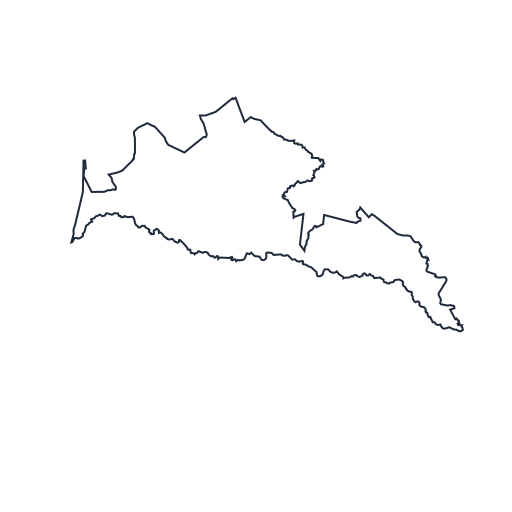 Amatlán de Cañas, Nayarit, Mexico (Robinson projection), rotated 328°
{"feature_id": "50627088B27678172888036", "entity_name": "Amatlán de Cañas", "entity_type": "district", "adm_level": 2, "iso_a3": "MEX", "parent_name": "Mexico", "parent_adm1": "Nayarit", "projection": "robinson", "projection_center": [-104.374, 20.799], "detail": "fine", "context": "isolated", "style": "outline", "palette": "slate", "viewbox_px": 512, "rotation_deg": 328, "n_neighbors": 0, "source": "geoboundaries", "source_scale": "gbopen_adm2", "svg_char_len": 6155}
<svg xmlns="http://www.w3.org/2000/svg" viewBox="0 0 512 512"><g transform="rotate(328 256 256)"><path d="M396.6,352.5L399.3,350.3L400.2,350.7L400.5,349.2L400.6,348.5L399.9,348.7L399.0,347.6L398.7,347.0L399.1,346.6L398.3,346.5L397.0,345.5L396.5,343.8L397.2,341.9L397.1,338.6L398.7,336.8L400.8,336.1L401.6,334.7L400.8,333.7L401.3,332.3L401.0,330.2L398.5,328.9L397.7,327.4L397.5,321.6L396.9,320.3L395.1,318.7L391.9,316.8L387.6,312.4L377.7,284.5L376.4,282.0L372.2,282.9L370.1,270.1L368.3,271.5L364.7,272.0L363.0,275.7L363.0,277.7L364.5,279.3L363.4,281.4L360.0,280.7L358.8,281.3L353.6,276.4L335.5,257.3L329.8,264.5L322.5,263.7L322.7,262.3L321.7,261.6L317.9,263.4L315.3,263.2L312.7,263.9L311.8,265.2L312.2,265.7L310.7,267.2L310.2,268.4L306.4,270.5L305.5,272.3L302.2,274.3L299.8,277.2L299.3,269.6L318.6,245.4L309.4,243.2L308.3,243.4L311.1,238.2L312.5,238.6L313.5,238.2L313.5,236.5L312.2,234.5L312.2,227.8L312.6,225.5L310.0,221.8L309.7,220.4L310.0,219.7L310.6,219.6L311.9,220.4L311.4,218.8L312.2,219.1L312.5,218.1L314.2,217.2L316.2,218.0L319.0,215.5L321.0,216.3L321.8,215.0L322.6,214.9L324.7,215.8L324.7,216.8L325.1,216.8L326.6,216.4L327.5,215.5L328.8,215.5L330.9,214.6L331.6,215.1L331.7,216.6L332.9,218.1L335.6,218.5L336.6,219.3L339.9,219.3L341.0,221.0L343.0,221.7L343.8,221.5L344.0,220.6L345.1,219.8L346.4,220.5L347.4,220.1L347.7,218.8L347.4,217.9L349.6,216.4L350.3,215.4L350.3,214.5L351.8,215.2L353.4,214.3L353.9,215.2L355.4,215.5L357.2,214.1L358.3,214.0L359.6,215.5L360.5,215.7L360.8,215.0L360.5,213.7L362.8,213.6L362.8,212.3L363.7,210.1L362.4,208.6L360.9,209.5L360.8,206.0L355.4,202.4L355.7,201.7L356.7,201.1L357.3,198.8L355.5,195.4L355.5,194.1L354.5,192.2L354.8,189.7L353.0,188.8L353.7,187.0L353.5,185.7L350.6,183.6L351.0,182.6L348.9,181.6L348.2,180.6L349.7,178.2L347.1,177.3L344.3,175.1L343.1,173.1L341.5,172.2L341.7,170.8L341.4,169.1L340.7,168.5L340.4,167.1L339.3,166.6L338.1,165.0L336.3,161.6L336.6,160.7L336.1,159.6L335.0,158.7L334.9,156.9L334.4,156.2L331.8,143.4L327.1,138.7L325.2,135.4L317.4,136.3L322.5,110.9L319.7,110.9L319.5,109.8L298.2,112.4L287.6,110.1L282.9,107.1L281.9,110.4L281.7,116.1L278.6,126.9L276.8,128.5L274.3,127.4L250.1,130.3L240.5,115.3L240.4,111.0L241.3,107.2L238.8,93.1L234.2,85.8L223.9,84.7L218.4,86.0L216.9,88.4L216.1,91.3L208.4,103.8L207.5,104.9L206.9,104.8L204.0,108.8L202.7,108.7L202.4,109.4L188.0,112.7L183.2,111.9L174.2,108.9L174.9,113.0L173.5,117.1L173.8,123.4L172.3,125.3L171.1,124.9L170.3,123.7L167.5,123.2L165.4,121.8L161.4,121.2L150.6,114.6L152.2,96.8L157.1,90.3L158.1,91.5L161.7,84.5L160.3,83.7L143.1,110.0L119.3,133.5L114.9,137.3L113.0,140.8L106.6,146.6L107.8,146.8L111.5,144.6L113.1,145.4L114.3,146.9L115.8,147.5L119.7,147.4L120.5,146.4L120.6,145.3L123.3,144.7L128.0,140.2L130.1,140.4L132.6,139.6L135.2,140.1L135.4,137.6L135.8,137.4L138.5,138.3L141.3,137.5L143.4,138.1L145.4,138.0L146.8,140.8L149.3,141.6L150.9,140.7L152.1,140.6L155.7,144.7L159.0,144.8L160.5,146.2L161.5,146.6L161.1,149.5L162.3,150.2L162.4,151.9L164.7,152.8L165.2,152.4L165.9,152.8L167.8,155.1L172.2,157.3L172.3,160.1L170.7,164.3L170.8,166.8L171.5,168.0L171.5,169.5L171.9,169.9L173.0,170.3L175.2,170.0L177.6,171.4L177.4,173.1L179.5,176.9L179.2,177.7L178.2,178.5L178.1,179.5L178.9,180.6L178.5,181.8L180.7,183.1L181.2,183.0L182.7,180.4L186.2,180.3L187.2,182.8L186.0,184.9L187.7,185.6L188.4,188.4L188.3,190.4L189.9,193.8L189.6,194.0L190.0,194.9L190.9,195.9L194.2,197.2L194.9,200.9L196.7,203.2L198.0,203.3L199.3,201.8L200.0,202.2L201.2,206.9L202.0,212.5L201.6,214.5L203.6,215.8L202.4,218.9L204.6,220.6L204.9,222.1L206.2,221.6L207.9,222.1L209.5,221.4L210.0,221.6L212.3,224.9L214.7,225.5L216.0,226.4L216.8,227.9L216.6,229.6L217.3,231.6L218.2,232.7L219.8,233.6L219.8,235.2L220.7,235.8L222.9,235.4L223.4,235.7L223.4,236.5L222.4,238.4L224.4,238.1L232.0,243.3L235.2,244.1L235.1,245.1L233.3,245.6L233.0,246.1L233.7,247.1L236.5,247.7L236.7,249.3L236.5,249.9L238.7,249.7L239.6,251.0L243.4,252.5L244.9,252.2L249.7,248.9L251.5,251.0L253.7,250.6L254.8,255.3L258.6,258.4L258.8,262.3L260.2,263.5L261.8,263.8L263.1,263.3L264.5,262.0L266.3,258.9L267.5,259.1L270.2,261.1L271.2,262.4L271.4,264.4L278.1,267.9L278.7,269.7L279.5,270.3L281.0,271.3L282.2,271.4L283.5,272.5L284.7,278.1L287.4,279.7L287.9,281.8L289.5,283.7L291.9,284.3L292.9,285.1L292.9,285.8L291.7,287.0L291.6,287.9L293.7,289.7L294.9,292.4L296.9,295.0L298.8,301.7L297.5,304.7L297.6,305.7L298.0,306.2L299.5,307.1L302.0,307.2L303.1,306.7L305.9,304.2L307.6,303.9L308.5,304.5L310.2,305.8L310.7,308.9L312.1,310.8L314.7,312.1L316.4,311.9L316.7,315.6L318.8,319.8L318.9,320.6L318.4,321.2L319.4,321.3L324.0,323.7L326.6,323.8L327.2,324.7L328.8,324.3L329.7,324.6L331.1,325.4L331.0,326.3L332.7,328.7L336.0,329.1L336.8,328.0L338.7,328.1L339.4,329.1L339.3,330.7L339.6,331.1L340.6,331.9L342.9,331.6L343.5,333.5L344.7,335.3L344.5,337.3L350.1,340.2L350.3,341.6L351.6,343.6L350.9,345.0L350.9,346.2L352.5,347.5L352.7,348.6L354.3,349.9L355.6,349.6L358.6,350.9L360.9,350.0L364.5,351.5L365.8,353.0L366.9,355.3L366.4,356.9L365.5,357.6L365.3,358.5L365.3,359.8L366.2,361.5L365.8,362.1L365.8,363.3L366.2,364.0L365.8,365.1L367.2,367.6L368.5,368.4L368.8,369.3L368.5,370.2L367.4,371.3L367.5,373.3L366.4,375.2L366.2,378.2L366.9,379.8L368.3,379.8L369.7,380.7L369.9,382.4L368.5,384.1L368.6,384.8L369.7,387.1L371.3,388.4L371.8,390.6L371.3,391.9L370.5,392.5L370.2,393.8L370.9,394.2L371.1,395.1L370.4,396.9L370.1,399.5L371.4,399.8L371.6,400.2L370.9,403.1L371.2,403.8L370.7,405.8L372.2,406.6L372.4,409.1L373.2,410.4L373.9,411.1L376.1,411.8L375.7,413.7L376.0,416.1L376.5,416.7L377.5,417.6L382.1,418.8L384.7,422.9L387.1,425.0L388.2,427.3L389.9,428.3L392.3,428.3L393.1,426.0L392.9,424.6L393.9,424.0L393.4,423.8L393.0,422.6L390.9,421.8L391.0,420.3L392.7,420.1L393.0,419.0L393.2,419.6L393.6,418.6L393.2,418.4L393.3,416.8L392.8,415.3L392.0,415.7L391.5,415.2L392.2,404.4L396.6,405.5L397.4,403.6L397.2,402.9L396.4,402.5L395.4,401.0L392.2,399.5L387.3,395.0L387.2,393.7L389.7,391.0L390.2,386.2L391.0,384.5L403.7,378.3L404.9,377.2L405.4,376.1L405.0,374.1L399.2,371.0L397.4,369.0L397.2,368.3L398.0,368.5L398.3,366.5L393.3,360.5L392.7,359.0L393.3,357.9L396.7,355.4L396.7,354.3L397.3,353.9L396.6,352.5Z" fill="none" stroke="#1e293b" stroke-width="2"/></g></svg>